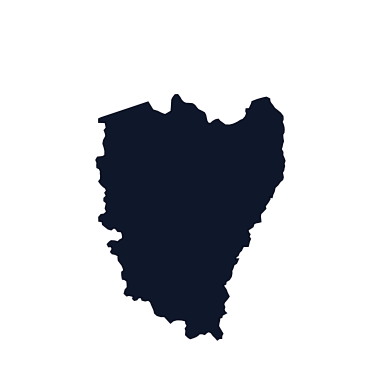 Joselândia, Maranhão, Brazil, rotated 131°
{"feature_id": "56859067B10532141445233", "entity_name": "Joselândia", "entity_type": "district", "adm_level": 2, "iso_a3": "BRA", "parent_name": "Brazil", "parent_adm1": "Maranhão", "projection": "albers", "projection_center": [-44.747, -5.02], "detail": "fine", "context": "isolated", "style": "filled", "palette": "ink", "viewbox_px": 384, "rotation_deg": 131, "n_neighbors": 0, "source": "geoboundaries", "source_scale": "gbopen_adm2", "svg_char_len": 3586}
<svg xmlns="http://www.w3.org/2000/svg" viewBox="0 0 384 384"><g transform="rotate(131 192 192)"><path d="M198.0,310.2L200.4,308.1L198.4,305.7L196.3,303.1L197.9,301.0L199.8,298.6L202.9,298.6L204.4,295.8L206.2,293.6L208.3,293.1L210.7,292.6L213.8,290.8L215.9,287.3L218.0,284.5L221.5,281.6L224.1,282.6L225.7,284.1L227.8,286.0L230.8,285.4L232.1,282.8L234.0,281.4L235.8,279.7L235.1,277.2L236.2,274.6L238.2,273.0L239.6,271.4L242.3,269.3L245.0,269.2L245.8,265.8L246.0,262.6L245.7,260.0L246.9,257.2L249.7,257.1L251.0,253.9L254.4,254.2L256.3,252.6L256.3,249.2L261.2,246.6L262.8,243.3L266.5,243.7L268.8,245.7L272.1,245.7L274.9,243.1L273.1,240.3L275.1,238.0L275.0,235.4L274.8,231.2L273.5,228.3L270.2,227.6L269.6,225.6L270.3,222.2L268.2,219.5L269.2,217.2L271.0,215.0L272.8,213.8L275.9,215.0L278.4,215.1L279.8,218.1L281.9,220.9L284.0,221.4L286.9,221.5L287.9,219.2L286.0,217.2L287.3,214.7L290.5,214.0L290.8,211.8L289.3,209.2L288.4,205.8L290.3,204.3L291.9,202.5L292.5,199.5L293.1,196.7L294.3,194.2L295.8,191.8L298.5,192.3L301.0,190.0L303.2,187.3L302.1,185.5L301.8,182.7L303.8,180.5L306.3,178.1L309.6,178.1L313.0,176.4L313.1,173.2L311.3,172.0L310.1,169.8L309.1,167.5L311.3,166.7L311.5,164.5L309.5,163.1L306.7,163.2L304.8,160.8L306.2,158.8L304.8,156.0L302.1,154.1L302.1,151.0L303.5,148.4L304.7,145.8L306.1,142.9L307.8,140.7L307.9,137.4L306.3,133.9L303.9,131.2L304.2,128.3L304.6,124.9L304.9,122.4L301.6,121.9L298.7,120.1L297.0,118.3L295.0,115.7L293.3,112.2L295.1,110.4L296.0,107.7L299.4,107.3L300.6,105.4L303.9,103.0L304.1,99.7L303.7,97.2L300.8,95.5L298.4,94.3L296.3,93.7L294.0,93.5L292.2,91.6L291.1,89.1L288.2,88.8L286.3,87.9L285.5,85.3L286.3,81.8L286.4,79.1L286.9,75.9L284.4,75.4L283.0,73.8L281.1,75.4L278.8,75.9L277.6,79.5L276.7,82.1L276.0,84.1L273.4,85.8L270.9,87.1L269.2,88.6L267.1,87.4L265.1,88.5L260.9,86.8L260.9,88.9L259.8,90.8L257.5,91.9L256.1,94.5L254.0,95.3L250.2,95.3L246.6,95.6L245.2,99.1L243.5,102.2L242.8,104.8L242.2,107.4L239.4,106.3L237.3,107.7L233.7,106.5L230.2,107.0L227.3,108.7L225.6,110.4L222.8,111.2L219.6,112.7L216.6,111.8L212.3,113.1L214.1,114.9L212.5,116.4L209.8,115.7L206.6,116.8L203.8,116.5L201.5,117.2L199.2,117.7L197.8,116.0L196.2,114.1L193.3,115.6L191.5,116.5L189.2,117.2L188.3,119.9L186.0,120.6L185.5,123.1L183.9,125.0L181.2,124.1L178.2,123.3L175.4,124.6L173.1,123.6L171.2,122.0L169.3,120.7L167.5,122.6L165.5,124.7L163.3,126.0L159.6,125.7L156.2,125.6L154.8,127.7L152.3,127.8L149.8,128.0L146.5,128.6L144.8,129.9L143.6,128.1L141.3,129.4L137.7,130.5L134.3,132.4L130.2,132.0L126.2,132.4L123.3,131.9L121.1,132.9L119.7,134.7L118.2,136.7L115.7,137.1L113.8,138.3L111.9,139.2L110.3,141.3L107.6,142.4L106.2,144.8L104.8,147.8L102.4,149.7L101.3,152.9L98.8,153.9L96.3,155.4L93.8,156.4L91.9,158.8L89.3,161.4L86.9,161.8L84.8,163.3L83.1,165.0L81.5,167.3L80.1,170.2L77.6,171.0L75.3,173.2L74.5,177.0L74.6,180.4L74.8,184.6L73.8,188.4L73.4,190.8L72.6,192.9L70.9,194.6L71.8,197.9L74.6,200.0L77.9,202.2L80.0,203.5L84.4,205.8L86.3,204.8L89.6,203.9L91.6,203.2L93.7,205.5L95.6,204.3L96.6,202.2L100.0,201.0L103.7,201.0L106.3,202.3L109.4,203.2L112.2,204.4L114.5,205.6L117.1,207.5L119.8,210.8L120.1,214.6L120.4,217.3L120.0,219.8L121.9,221.3L124.9,222.4L128.2,222.8L129.6,224.8L128.8,227.4L127.2,229.6L125.2,232.2L124.2,234.6L124.8,237.4L125.9,241.4L125.6,243.8L124.9,246.8L125.3,249.6L127.5,252.5L129.2,254.6L130.0,257.0L129.8,260.2L128.7,263.2L128.0,266.6L129.8,268.4L133.1,268.2L135.5,267.6L140.9,263.4L144.7,260.6L151.4,262.9L152.5,265.7L153.2,268.0L153.9,270.9L154.8,272.8L155.9,275.3L153.1,284.1L175.2,297.1L195.9,309.3L198.0,310.2Z" fill="#0f172a" stroke="#020617" stroke-width="1.5"/></g></svg>